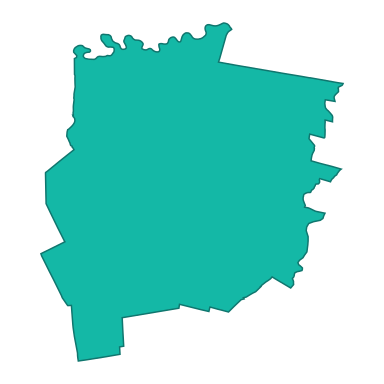 the district of Prejmer, Brasov, Romania
{"feature_id": "2599482B31242475227113", "entity_name": "Prejmer", "entity_type": "district", "adm_level": 2, "iso_a3": "ROU", "parent_name": "Romania", "parent_adm1": "Brasov", "projection": "equal_earth", "projection_center": [25.776, 45.717], "detail": "fine", "context": "isolated", "style": "filled", "palette": "teal", "viewbox_px": 384, "rotation_deg": 0, "n_neighbors": 0, "source": "geoboundaries", "source_scale": "gbopen_adm2", "svg_char_len": 5744}
<svg xmlns="http://www.w3.org/2000/svg" viewBox="0 0 384 384"><path d="M208.9,311.5L209.9,307.1L210.3,307.1L217.8,309.2L221.1,310.0L228.5,312.0L234.0,306.5L240.7,300.1L241.2,299.7L242.2,299.4L244.1,298.9L243.4,297.7L246.0,297.1L246.5,296.9L250.2,294.6L252.8,293.1L255.7,291.7L259.9,287.6L260.8,286.7L260.5,286.6L261.9,285.1L265.8,282.0L268.0,280.6L270.5,278.8L272.0,277.1L272.1,276.9L275.5,279.0L290.7,288.0L293.6,284.6L293.5,282.6L293.5,281.3L293.0,280.0L292.4,278.7L292.6,278.1L293.3,277.6L293.8,276.8L294.2,275.6L294.4,274.1L294.8,272.9L297.0,271.7L299.6,271.2L302.0,270.5L302.4,269.2L302.4,267.9L300.4,266.0L298.7,264.7L297.9,262.6L299.5,260.3L303.0,257.7L304.5,255.2L306.9,251.9L307.8,244.9L308.1,240.9L308.1,236.6L307.1,233.5L306.2,230.6L306.7,227.0L308.7,223.5L313.5,221.7L320.3,220.3L322.9,218.5L323.8,215.7L325.0,213.2L316.2,211.4L315.0,211.0L310.5,208.8L308.7,208.0L307.5,207.7L304.6,207.2L305.3,205.4L304.2,202.8L303.5,200.9L303.2,199.8L303.1,199.0L303.2,197.0L303.5,196.3L303.7,194.8L303.9,194.5L304.2,194.1L306.1,193.1L306.8,192.8L308.0,192.5L309.9,192.5L310.5,192.4L310.8,192.0L311.2,191.0L311.7,190.1L312.1,189.8L312.5,189.7L312.9,189.4L313.3,188.9L314.2,187.9L314.3,187.1L315.0,186.0L315.2,185.7L315.3,185.2L315.5,184.7L315.9,184.1L318.3,183.9L318.7,183.6L319.2,183.0L319.6,182.2L319.6,181.1L319.6,180.8L319.4,180.4L319.3,179.6L319.7,178.6L330.5,181.8L331.0,180.6L332.0,179.1L333.6,177.7L334.2,176.8L335.4,175.6L336.2,175.2L336.7,174.8L337.3,173.5L337.7,172.9L339.3,170.8L340.4,169.7L341.2,169.1L333.6,166.9L319.8,163.3L311.1,160.8L311.4,158.1L312.0,155.1L312.7,153.3L314.2,150.4L314.4,148.4L314.1,147.9L314.2,147.3L314.6,146.2L314.5,145.4L311.8,142.1L309.0,138.7L309.7,134.1L323.7,137.9L324.5,137.8L324.8,137.3L325.0,134.8L325.1,129.8L324.9,127.8L325.0,123.8L325.2,121.9L325.0,120.9L325.1,120.0L332.5,121.8L332.5,119.9L332.7,117.1L332.4,115.9L331.9,115.0L330.2,113.0L328.2,110.8L327.2,110.0L325.6,108.1L325.2,106.6L324.8,103.3L325.3,99.8L335.0,101.4L334.1,97.9L334.2,96.6L334.4,96.1L335.4,94.7L338.5,91.7L338.4,89.1L338.3,88.4L338.1,88.3L338.4,87.2L342.0,85.4L342.5,84.8L342.9,84.0L343.1,83.5L337.3,82.6L310.2,77.8L309.4,77.8L300.4,76.2L282.8,73.3L234.5,65.0L218.5,62.1L219.8,58.1L226.2,35.4L227.2,33.5L227.6,32.8L228.2,32.0L228.7,31.5L231.7,29.4L231.6,29.1L231.0,28.2L230.1,27.3L229.4,26.0L228.3,24.7L227.2,23.9L225.5,23.3L224.6,23.1L223.6,23.0L222.5,23.4L220.3,24.5L218.4,25.3L217.0,25.7L215.9,25.9L214.9,25.9L213.2,25.7L209.3,24.7L208.1,24.7L207.4,24.8L206.8,25.1L206.0,25.7L205.5,26.4L205.2,27.3L205.1,28.0L205.1,29.0L205.3,29.9L205.4,30.4L206.1,32.2L206.2,33.0L206.1,33.7L205.8,34.8L205.4,35.4L204.0,36.6L203.1,37.4L202.0,38.1L200.8,38.6L198.1,39.2L196.4,39.1L196.1,39.2L195.3,39.0L193.8,38.5L193.3,38.1L192.4,37.3L191.4,35.7L190.0,34.0L189.7,33.7L188.9,33.2L188.4,33.0L187.3,32.9L186.0,32.9L185.3,33.1L183.9,34.1L183.1,34.9L182.5,35.9L182.1,36.7L181.5,38.7L180.9,40.9L180.6,41.3L180.3,41.7L179.7,42.0L178.9,41.9L178.3,41.6L177.5,40.9L175.8,38.6L175.1,37.9L174.6,37.4L173.8,37.1L173.0,37.0L171.8,37.3L171.1,37.5L170.3,38.0L169.4,38.8L168.9,39.4L168.6,40.4L168.2,42.1L168.0,42.5L167.3,43.5L166.8,43.8L166.3,43.9L165.2,44.1L163.7,44.0L161.8,43.6L160.8,43.6L160.0,43.7L159.4,43.9L159.0,44.1L158.9,44.4L158.8,44.9L159.0,45.9L159.0,46.7L159.3,47.6L159.7,48.9L159.8,49.8L159.5,50.8L159.2,51.3L158.7,51.7L158.0,51.9L156.5,51.9L155.3,51.6L154.3,51.2L152.9,50.3L151.4,48.9L150.3,48.5L149.8,48.5L149.1,48.6L147.7,49.3L147.0,49.7L146.1,49.9L145.3,49.9L144.1,49.7L143.6,49.6L142.8,49.1L142.3,49.0L142.0,48.7L141.9,48.4L141.9,47.6L142.1,46.8L143.0,44.8L143.1,44.3L143.1,43.9L143.0,43.5L142.7,43.0L142.0,42.1L141.3,41.5L140.6,41.0L140.0,40.7L138.9,40.3L136.9,40.1L135.5,40.1L134.3,39.6L133.7,39.2L132.6,38.2L131.8,36.8L130.8,35.9L129.6,35.5L129.0,35.4L128.2,35.4L127.0,35.8L125.9,36.3L125.2,37.0L124.6,39.0L123.9,40.7L123.9,41.8L124.4,42.8L125.5,44.8L126.0,45.9L126.3,47.0L126.3,47.6L126.1,48.2L125.6,48.7L124.8,49.1L123.8,49.3L122.9,49.3L122.2,49.3L121.5,48.9L120.8,48.2L120.2,46.8L119.8,45.6L119.2,44.6L117.8,43.6L116.5,43.2L115.0,42.7L112.7,41.0L111.5,38.5L111.2,37.0L110.5,35.9L109.9,35.4L108.5,34.7L106.0,34.6L103.4,34.3L102.3,34.5L101.3,35.1L100.9,36.2L101.0,38.8L101.7,40.6L104.1,43.4L105.0,44.7L106.3,46.3L108.2,47.1L110.7,47.0L113.1,47.3L113.9,48.0L114.1,48.8L114.2,49.6L114.1,50.9L114.0,51.7L111.5,55.2L110.0,55.8L107.3,55.5L105.5,56.4L102.9,56.6L99.7,56.3L98.1,56.6L97.1,57.3L96.1,58.4L94.4,59.4L88.8,59.2L85.2,58.5L84.2,57.7L83.3,56.5L83.4,55.4L83.8,54.1L84.9,53.1L86.7,52.4L89.6,52.1L90.5,51.0L90.3,49.8L89.2,49.0L86.7,48.4L85.1,47.9L84.1,47.2L82.5,45.7L81.0,45.4L79.1,45.5L77.9,45.9L75.2,47.6L74.2,49.0L73.6,50.7L73.7,52.2L76.8,55.7L76.5,57.5L74.4,58.6L74.5,74.2L74.5,74.5L74.8,75.0L75.0,75.5L75.0,76.4L74.9,78.4L75.0,83.3L75.2,86.9L74.1,93.4L74.0,94.3L74.0,96.0L73.8,98.1L74.1,99.3L74.1,99.8L73.4,105.3L73.3,107.0L73.4,111.0L73.4,111.5L73.2,111.9L73.1,112.2L73.2,112.9L73.1,113.5L73.3,114.6L73.3,115.2L73.3,115.9L73.1,116.3L73.0,116.2L73.1,116.6L73.9,117.3L74.3,118.0L74.7,118.7L74.9,120.9L74.4,122.6L73.5,124.1L72.6,125.3L71.5,126.5L68.5,129.3L67.7,129.7L67.1,132.0L66.8,135.8L66.8,136.3L68.4,139.5L69.0,141.0L69.9,142.9L70.5,145.1L70.7,145.4L71.0,145.7L72.1,146.2L72.2,146.4L72.2,147.2L72.3,147.4L73.1,148.1L74.0,149.7L59.7,161.1L47.4,171.2L45.6,172.5L45.5,173.4L46.1,203.7L46.4,204.3L50.5,212.9L57.9,228.1L64.5,241.2L64.9,241.8L40.9,253.7L41.7,256.0L49.2,271.1L53.3,279.1L61.4,295.5L62.3,297.8L67.2,304.9L67.8,305.6L71.4,305.4L72.8,324.2L73.1,327.4L74.4,336.5L77.0,350.3L77.5,353.0L77.6,355.9L77.8,357.8L78.3,361.0L85.3,360.0L106.1,356.7L120.0,354.3L119.6,346.9L123.7,346.2L122.8,330.3L122.2,317.7L125.1,317.2L178.9,308.2L179.5,304.3L201.1,309.7L208.9,311.5Z" fill="#14b8a6" stroke="#0f766e" stroke-width="1.5"/></svg>